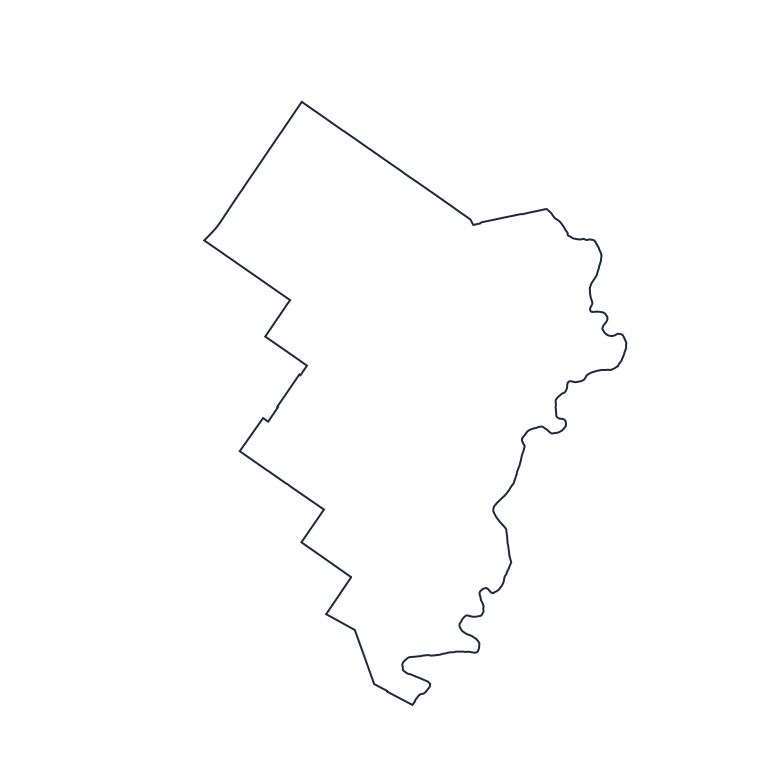 the district of Campbelltown (SA), South Australia, Australia, rotated 128°
{"feature_id": "25037944B38277479897228", "entity_name": "Campbelltown (SA)", "entity_type": "district", "adm_level": 2, "iso_a3": "AUS", "parent_name": "Australia", "parent_adm1": "South Australia", "projection": "equal_earth", "projection_center": [138.68, -34.885], "detail": "fine", "context": "isolated", "style": "outline", "palette": "slate", "viewbox_px": 768, "rotation_deg": 128, "n_neighbors": 0, "source": "geoboundaries", "source_scale": "gbopen_adm2", "svg_char_len": 6154}
<svg xmlns="http://www.w3.org/2000/svg" viewBox="0 0 768 768"><g transform="rotate(128 384 384)"><path d="M619.4,164.0L615.5,164.1L614.1,164.6L612.8,164.8L607.9,164.8L607.0,164.6L605.9,164.2L604.0,162.5L602.2,161.7L601.1,161.6L597.4,161.5L594.7,161.5L591.9,162.9L591.5,166.3L593.6,174.2L595.5,180.9L596.2,183.8L597.3,186.0L597.5,186.6L597.8,188.1L597.9,189.1L597.9,192.3L597.7,193.1L595.4,195.0L594.3,196.5L593.5,197.0L591.9,197.5L591.5,197.6L588.6,197.3L585.3,196.6L584.4,196.3L583.0,195.2L579.6,191.4L578.4,190.3L576.1,187.8L574.5,186.5L573.9,186.0L570.1,181.9L569.2,179.8L567.8,178.3L566.9,177.2L565.7,176.2L563.3,173.6L560.1,171.3L558.2,169.4L556.6,168.4L555.7,167.6L554.2,166.1L552.4,163.8L550.5,162.5L547.4,158.4L546.3,157.1L544.9,154.6L544.5,154.1L543.7,153.6L542.6,152.1L540.3,147.6L538.8,146.0L537.4,145.5L535.9,145.7L534.6,146.1L532.3,147.3L531.5,148.0L530.5,148.5L530.0,148.8L529.0,150.4L528.2,153.4L528.1,154.1L528.3,155.6L528.4,158.7L528.6,160.0L530.1,164.8L530.4,167.3L530.5,169.8L530.1,171.8L529.2,174.1L528.2,175.5L527.5,176.1L526.3,176.8L523.1,177.0L521.7,177.4L521.1,177.5L518.1,177.3L516.2,176.8L515.4,176.3L514.6,175.1L514.4,174.2L512.5,170.3L510.0,167.5L506.7,164.8L503.2,165.1L502.3,165.4L501.4,166.0L499.6,167.8L498.3,168.4L497.8,168.7L496.5,170.6L494.4,174.8L493.1,176.2L492.6,176.6L491.2,178.8L490.0,179.9L489.6,180.2L488.5,180.5L487.5,180.5L486.0,180.2L484.5,179.9L482.1,178.1L481.9,177.9L481.5,177.0L481.5,176.1L482.2,172.2L482.2,170.4L481.8,169.4L481.3,169.0L479.7,168.6L478.4,167.9L476.4,167.1L475.3,166.9L470.1,167.0L468.6,167.3L466.4,167.9L461.3,170.4L458.6,170.5L456.9,171.2L454.8,171.7L453.2,171.9L448.8,173.3L446.2,173.9L443.2,178.1L441.5,180.1L439.9,181.5L437.2,184.4L435.2,186.3L433.5,188.5L429.8,191.8L429.3,192.2L425.0,196.6L423.6,197.8L423.0,198.8L422.0,203.3L421.5,207.0L419.8,213.6L418.5,216.5L418.3,216.9L417.5,218.6L417.4,218.8L416.9,219.6L416.1,220.2L415.4,220.6L414.5,221.3L414.1,221.5L412.3,221.9L407.8,221.7L406.8,221.6L401.8,220.9L398.6,220.3L394.9,220.0L391.5,220.1L385.4,220.7L382.8,220.6L379.9,221.7L377.0,222.6L375.3,223.4L374.0,223.6L373.0,224.1L372.4,224.4L371.8,224.9L366.1,226.7L365.5,226.7L362.0,228.3L361.2,228.5L355.2,231.5L350.5,233.0L348.7,233.9L348.2,234.0L347.3,234.4L346.4,234.9L345.9,235.5L345.2,237.7L344.2,239.2L344.0,240.0L342.2,241.6L340.5,241.7L338.5,241.7L333.2,241.8L331.5,241.4L329.2,240.3L327.4,239.0L326.9,238.7L324.8,236.9L323.5,236.2L321.3,234.5L320.5,233.5L319.9,232.3L319.9,229.5L319.6,228.5L320.0,223.2L319.9,222.1L319.7,221.4L319.0,220.5L317.4,219.2L316.1,217.8L314.9,216.8L313.2,216.0L310.8,215.0L306.8,214.8L304.7,215.1L302.0,217.3L301.1,219.1L301.0,220.0L301.7,222.0L303.0,223.9L303.4,224.6L303.6,227.6L303.1,228.5L298.4,232.7L296.8,234.4L294.4,235.8L291.8,238.3L290.2,238.9L287.4,238.9L282.4,237.9L281.3,237.5L280.6,237.0L280.1,236.8L279.3,236.4L278.2,236.4L276.1,236.8L274.8,237.2L274.3,237.4L272.0,239.0L270.3,239.9L269.9,239.9L269.5,240.0L268.3,239.8L267.4,239.3L266.5,238.0L265.2,235.1L264.4,233.8L261.8,231.7L261.4,231.1L260.6,230.6L257.8,229.1L257.4,229.0L254.9,229.1L253.5,229.5L252.1,229.5L251.8,229.4L251.4,229.3L250.0,228.8L247.7,227.9L242.5,224.3L238.7,220.9L237.1,218.7L234.8,216.1L233.4,214.0L231.2,212.7L229.5,211.9L226.6,211.0L226.0,210.6L224.1,211.1L221.0,211.3L219.8,211.2L219.0,211.4L213.2,213.0L209.7,214.4L208.6,214.6L207.0,215.3L206.7,215.2L204.0,217.5L203.3,217.7L202.6,218.3L201.9,219.1L199.3,224.0L198.6,225.8L198.5,226.7L199.2,228.7L200.4,230.6L201.5,231.3L203.2,231.8L203.6,232.1L205.7,233.7L206.9,235.4L207.8,237.8L207.9,241.1L207.5,242.5L206.9,244.1L206.7,244.7L206.5,245.2L205.8,246.1L204.2,246.8L201.9,247.2L199.2,247.0L196.6,247.3L195.6,247.7L194.1,248.9L193.5,249.6L192.9,251.4L192.4,253.8L192.9,255.9L194.4,258.6L196.2,261.2L198.2,263.2L199.3,264.9L199.5,265.8L198.4,267.6L197.1,268.3L194.2,268.8L193.0,269.1L191.9,269.6L189.9,272.2L189.4,273.3L186.3,276.9L182.2,280.5L181.6,280.9L178.9,281.9L176.2,282.6L173.0,282.8L171.5,282.9L167.1,283.4L162.9,285.2L160.7,285.9L158.4,287.1L156.4,287.7L153.6,288.8L150.1,291.0L149.4,291.3L149.1,291.5L147.7,293.2L146.7,294.7L145.9,296.6L144.6,298.4L143.0,302.2L141.7,305.3L141.5,306.8L141.7,307.7L142.1,308.7L143.9,311.5L145.2,312.4L145.8,313.1L146.2,313.9L146.5,315.5L147.2,316.6L148.9,317.9L149.7,318.9L150.7,320.4L152.7,324.4L153.0,325.6L153.1,327.5L153.6,329.7L153.6,330.6L153.3,331.2L152.4,331.8L151.7,332.8L151.0,335.7L149.6,338.8L149.5,339.0L148.2,343.5L147.8,346.0L147.8,348.7L148.1,349.9L148.1,351.4L147.7,353.4L146.8,356.1L146.3,358.1L146.0,362.1L146.0,363.7L147.4,364.9L153.6,370.0L159.7,375.2L165.1,379.6L166.0,380.9L173.0,386.8L177.9,391.0L182.9,395.2L184.7,396.7L190.9,401.9L196.5,406.7L197.6,407.0L198.3,407.1L203.7,411.6L201.2,417.1L201.2,417.8L201.6,426.2L202.1,435.6L202.1,436.8L202.3,441.5L202.6,446.6L203.3,459.7L203.7,467.5L204.7,484.9L205.1,490.5L205.5,498.0L205.5,500.0L205.8,505.6L206.3,513.7L206.7,520.8L207.6,538.3L207.8,540.9L208.3,550.7L208.5,555.1L208.8,560.5L209.1,565.1L209.1,565.7L209.4,570.8L209.7,573.3L209.8,575.1L210.4,587.4L210.4,587.7L211.1,601.3L212.3,622.5L223.0,621.8L229.0,621.4L230.3,621.3L240.8,620.6L247.9,620.1L255.4,619.7L264.0,619.1L272.1,618.6L272.7,618.5L279.4,618.1L281.7,617.9L286.7,617.5L289.2,617.4L293.1,617.1L295.5,617.0L304.2,616.4L309.5,616.1L316.9,615.5L324.6,615.1L345.5,613.5L353.3,612.9L357.0,612.6L365.4,612.4L373.5,613.1L381.5,614.1L381.4,611.2L380.5,595.9L380.3,593.0L380.2,589.7L380.2,589.1L379.6,580.0L379.1,570.0L378.5,559.5L378.2,554.7L377.9,549.6L377.6,543.7L377.3,538.5L376.6,524.9L375.7,509.6L381.2,509.4L389.5,508.8L396.8,508.3L403.9,507.9L404.5,507.8L419.1,506.8L419.8,506.8L419.0,493.7L418.0,476.1L417.6,468.8L417.4,466.3L417.4,465.1L417.0,456.0L428.6,455.2L428.6,456.6L437.5,456.0L442.4,455.7L449.4,455.2L456.6,454.8L467.5,454.1L467.4,453.3L470.4,453.1L485.0,452.1L485.3,458.3L525.8,456.3L524.0,423.0L523.8,421.5L522.7,400.2L522.3,398.6L522.3,393.7L519.9,354.0L523.6,353.8L559.6,351.6L557.6,314.1L557.3,307.7L556.5,292.3L556.3,291.4L556.6,290.9L599.9,287.9L601.0,287.9L595.8,255.6L605.3,240.5L626.5,207.0L623.9,192.4L624.5,192.2L622.3,180.0L619.9,166.8L619.4,164.0Z" fill="none" stroke="#1e293b" stroke-width="2"/></g></svg>